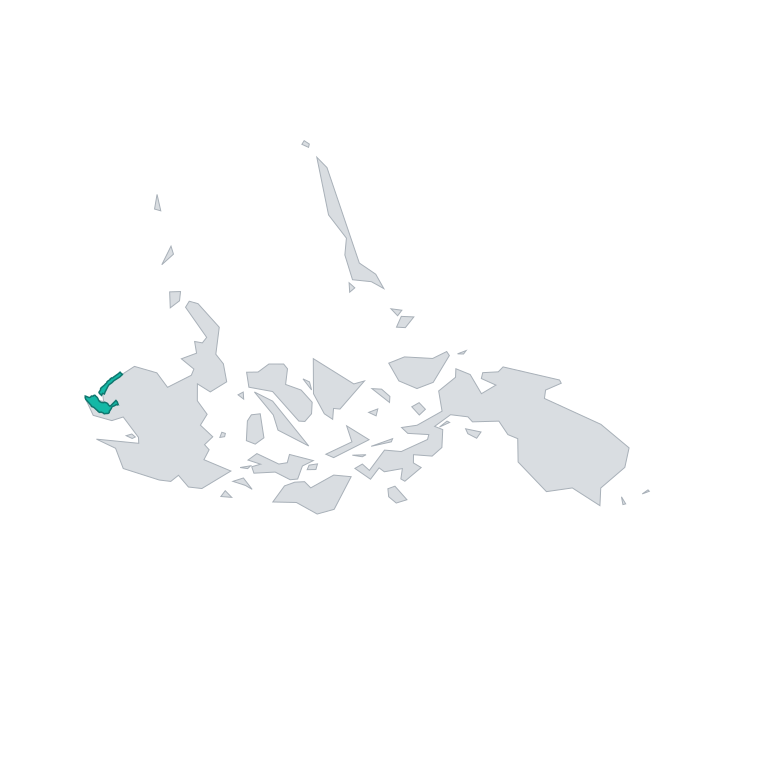 location of Sarangani within Philippines, rotated 115°
{"feature_id": "PHL-2598", "entity_name": "Sarangani", "entity_type": "Province", "adm_level": 1, "iso_a3": "PHL", "parent_name": "Philippines", "parent_adm1": "", "projection": "mercator", "projection_center": [125.149, 6.009], "detail": "fine", "context": "in_parent", "style": "filled", "palette": "teal", "viewbox_px": 768, "rotation_deg": 115, "n_neighbors": 0, "source": "natural_earth", "source_scale": "10m", "svg_char_len": 5584}
<svg xmlns="http://www.w3.org/2000/svg" viewBox="0 0 768 768"><g transform="rotate(115 384 384)"><path d="M357.8,130.5L386.7,143.6L403.0,136.9L398.6,169.4L412.9,191.3L398.0,229.5L377.0,239.7L377.5,250.3L369.1,264.2L380.9,287.8L378.3,294.1L383.7,310.7L401.0,320.2L400.5,311.5L417.1,304.7L429.0,309.9L435.6,327.4L443.1,324.0L444.0,315.0L463.3,324.0L462.9,328.6L452.9,331.6L463.4,346.6L462.1,353.0L476.0,356.0L472.8,374.7L465.7,369.8L468.5,360.7L443.7,355.6L437.9,339.8L415.9,321.1L410.9,322.0L418.7,341.6L416.0,349.7L407.4,336.6L384.1,319.9L367.2,331.5L347.7,322.0L339.8,325.3L339.0,309.9L351.6,291.6L337.7,282.1L337.9,298.1L332.0,299.3L324.7,285.6L318.2,283.3L306.2,226.6L308.4,223.7L321.2,235.0L329.3,232.5L328.9,170.4L338.3,134.9L357.8,130.5ZM527.6,486.0L555.7,504.9L560.0,517.7L553.6,531.7L562.4,536.1L566.0,547.1L570.8,584.6L555.7,600.1L555.5,621.3L541.4,581.2L536.1,584.0L524.1,606.4L532.2,615.2L535.3,634.3L522.8,649.1L518.3,630.7L506.5,638.3L473.5,617.6L469.9,594.6L478.5,578.8L457.5,562.3L450.8,562.6L446.8,578.3L435.3,566.9L425.5,573.6L423.5,566.0L416.7,564.4L398.3,596.3L391.3,595.5L389.8,586.5L402.2,557.3L428.1,549.0L433.6,538.1L448.5,527.5L464.6,538.1L462.7,553.2L478.1,546.1L486.2,531.5L498.9,533.0L504.2,516.9L514.8,521.0L517.5,514.7L528.7,515.2L527.6,486.0ZM444.0,505.1L431.4,513.5L426.4,503.2L414.6,496.8L408.3,483.4L411.0,477.9L426.0,473.0L424.5,456.5L430.9,441.4L441.6,437.1L451.4,439.9L453.6,445.5L437.9,481.8L444.0,505.1ZM518.6,376.2L530.1,389.6L528.4,413.3L537.9,434.9L518.4,431.1L510.7,423.4L506.1,414.7L509.1,406.5L487.8,391.1L481.9,374.6L518.6,376.2ZM389.5,403.0L425.3,413.3L427.5,419.4L437.7,415.6L436.2,425.5L422.6,443.8L390.9,458.8L396.7,411.4L389.5,403.0ZM254.2,505.7L206.9,540.7L212.0,527.1L284.8,457.5L288.0,437.9L297.6,424.5L296.6,438.7L302.8,456.6L283.6,474.0L267.7,479.7L254.2,505.7ZM330.6,336.8L361.7,340.1L374.2,352.2L374.9,371.8L363.1,388.5L350.8,376.9L340.3,350.7L328.1,340.9L330.6,336.8ZM492.8,423.3L506.6,422.1L510.4,428.5L509.8,445.4L519.8,464.2L514.9,468.9L508.8,461.9L510.4,475.1L500.8,469.8L501.0,445.5L496.2,438.4L487.8,439.9L483.3,415.7L492.8,423.3ZM446.0,498.1L446.6,477.7L472.0,426.0L470.6,460.6L458.8,471.3L446.0,498.1ZM493.5,484.8L475.2,492.2L468.0,491.2L463.3,483.6L483.5,470.1L492.9,475.3L493.5,484.8ZM440.8,374.0L472.0,398.5L472.2,407.0L450.0,388.6L437.7,400.2L440.8,374.0ZM484.2,332.1L477.3,336.2L472.0,330.9L479.2,314.3L486.7,322.6L484.2,332.1ZM405.3,609.9L391.1,617.2L386.2,607.5L395.0,604.5L405.3,609.9ZM310.6,385.3L323.9,388.5L327.2,396.7L315.4,396.9L310.6,385.3ZM389.4,335.8L397.2,338.9L392.9,349.2L386.1,344.3L389.4,335.8ZM355.3,629.7L369.8,635.8L349.1,635.3L355.3,629.7ZM536.1,479.8L528.6,471.7L535.2,459.0L534.5,466.7L536.1,479.8ZM398.4,371.2L393.3,393.0L389.7,384.0L392.8,373.4L398.4,371.2ZM321.4,659.5L322.4,665.9L308.1,669.8L321.4,659.5ZM394.0,277.1L393.6,287.0L390.1,291.1L386.5,275.8L394.0,277.1ZM420.0,447.1L413.6,459.6L413.6,452.4L420.0,447.1ZM316.4,400.5L312.9,409.5L309.6,399.0L316.4,400.5ZM494.1,417.4L489.2,417.6L484.5,410.5L490.3,409.6L494.1,417.4ZM416.2,377.7L416.2,385.9L409.2,379.1L416.2,377.7ZM554.9,484.3L547.8,482.8L551.1,474.1L554.9,484.3ZM433.3,352.9L445.9,369.3L429.9,353.1L433.3,352.9ZM315.3,453.9L307.0,458.4L309.2,451.1L315.3,453.9ZM457.0,504.8L455.5,511.7L450.8,508.2L457.0,504.8ZM459.1,372.9L461.9,382.6L455.7,370.4L459.1,372.9ZM201.5,559.7L197.2,559.2L198.1,553.1L201.4,552.4L201.5,559.7ZM501.8,510.2L496.3,510.6L495.8,506.9L499.1,506.2L501.8,510.2ZM539.8,595.8L535.9,591.4L537.1,587.0L539.8,589.2L539.8,595.8ZM323.2,324.6L325.6,330.1L319.0,323.7L323.2,324.6ZM518.3,471.8L520.5,479.1L514.5,470.3L518.3,471.8ZM392.3,116.5L385.9,121.1L390.5,114.3L392.3,116.5ZM399.5,315.5L391.0,311.2L391.1,308.3L399.5,315.5ZM369.1,98.2L374.5,103.5L368.4,100.0L369.1,98.2Z" fill="#d9dde1" stroke="#a8b0b8" stroke-width="1"/><path d="M521.2,649.7L521.1,649.4L521.0,646.3L520.8,645.5L520.5,644.9L520.1,644.5L519.6,644.3L518.8,644.2L518.6,644.0L518.3,643.7L518.2,643.3L518.1,642.9L517.9,642.5L517.5,642.3L517.1,642.2L516.8,642.0L516.4,641.3L516.5,640.7L516.9,640.1L517.0,639.5L517.2,638.9L517.4,638.2L518.1,637.2L519.6,635.4L520.1,634.2L520.2,632.7L520.1,632.0L519.5,630.6L519.4,630.1L519.1,629.8L518.7,629.7L518.5,628.9L518.5,628.2L518.4,627.2L518.6,626.1L519.3,625.1L519.7,624.2L519.8,623.6L519.9,623.0L518.9,622.4L514.7,620.9L512.2,620.0L513.0,618.2L514.2,617.0L514.8,616.4L514.8,616.6L515.0,616.6L515.3,616.7L515.6,616.8L515.8,617.0L515.8,618.0L516.2,618.2L517.2,618.8L517.6,619.1L519.0,620.4L519.5,620.7L520.1,620.9L520.5,620.9L521.4,620.8L523.2,621.1L524.1,621.1L524.4,621.3L524.7,621.5L525.5,621.1L525.9,621.0L526.3,621.1L526.7,621.2L527.4,621.8L528.3,623.6L529.2,624.9L529.2,625.4L529.0,625.9L528.9,626.4L528.9,626.9L529.0,627.7L528.9,628.1L529.0,628.4L529.2,628.8L529.5,629.2L529.8,629.4L529.9,629.8L529.9,630.4L529.7,631.4L529.6,631.7L529.5,631.9L529.3,632.1L529.1,632.3L529.1,633.0L527.9,636.7L527.8,637.2L527.9,639.2L528.0,639.6L527.9,639.8L527.7,639.9L527.4,639.9L527.3,640.1L524.0,647.7L523.4,648.4L522.8,648.8L521.4,649.6L521.2,649.7ZM513.7,635.2L512.8,637.9L512.0,638.8L511.3,638.8L509.4,638.4L507.9,638.9L506.9,638.7L503.0,636.8L502.0,636.6L500.3,635.8L499.8,635.8L499.4,635.9L498.9,635.9L498.0,635.5L495.5,634.0L495.2,634.3L494.0,633.7L493.6,633.5L493.5,633.2L493.4,632.8L493.2,632.5L493.0,632.4L492.3,632.2L486.9,629.1L484.8,628.2L484.9,627.9L485.1,627.5L485.3,627.1L485.7,625.8L485.7,625.5L485.9,625.1L489.4,626.5L495.0,630.1L497.9,631.2L501.1,633.0L502.7,633.2L509.3,633.4L511.2,633.2L511.4,635.1L512.3,635.2L513.3,635.2L513.7,635.2Z" fill="#14b8a6" stroke="#0f766e" stroke-width="1.5"/></g></svg>